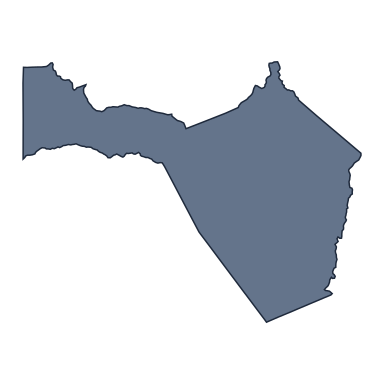 Colinas, Maranhão, Brazil (Albers equal-area conic projection)
{"feature_id": "56859067B48571840194208", "entity_name": "Colinas", "entity_type": "district", "adm_level": 2, "iso_a3": "BRA", "parent_name": "Brazil", "parent_adm1": "Maranhão", "projection": "albers", "projection_center": [-44.236, -6.084], "detail": "fine", "context": "isolated", "style": "filled", "palette": "slate", "viewbox_px": 384, "rotation_deg": 0, "n_neighbors": 0, "source": "geoboundaries", "source_scale": "gbopen_adm2", "svg_char_len": 4060}
<svg xmlns="http://www.w3.org/2000/svg" viewBox="0 0 384 384"><path d="M277.6,61.8L274.1,62.0L272.1,63.1L270.6,63.1L269.2,63.4L268.9,65.1L269.2,67.0L269.9,68.6L269.9,70.2L270.8,72.4L270.9,74.6L270.0,76.0L267.7,77.2L266.6,78.5L266.0,80.1L266.4,82.1L266.0,83.5L265.0,84.7L265.0,86.2L264.3,87.4L261.8,88.5L259.2,87.2L257.3,85.9L255.4,85.5L253.9,88.3L253.3,90.4L252.8,92.5L251.7,94.5L250.0,96.2L248.4,97.5L247.6,98.8L245.5,100.3L243.7,101.3L241.3,102.7L239.8,104.5L238.9,105.7L238.3,107.5L225.8,113.1L204.2,121.6L186.0,128.7L184.7,125.3L183.7,123.0L181.0,121.6L179.2,121.0L177.6,120.6L176.4,119.8L172.0,116.2L171.7,114.2L168.8,114.7L167.4,114.7L163.1,113.4L156.7,112.3L151.3,110.7L148.5,109.1L146.5,108.4L144.4,108.6L142.9,108.1L141.1,107.8L139.5,107.9L138.1,108.3L135.8,107.5L132.2,106.9L129.0,105.6L126.9,105.6L124.2,104.7L121.8,105.8L119.4,106.3L117.9,107.1L112.9,106.7L110.9,107.3L108.8,107.3L106.7,107.9L105.4,109.3L104.1,110.6L101.8,111.7L99.8,111.1L97.9,110.9L96.2,110.6L94.8,109.5L93.4,108.5L92.3,107.3L91.5,106.0L90.6,104.7L89.6,103.8L88.5,102.4L87.6,100.8L87.3,99.1L86.3,97.7L85.5,96.3L84.5,94.4L83.8,93.1L83.6,91.2L83.5,89.5L84.0,87.5L85.4,86.1L85.9,84.7L83.1,85.7L79.4,87.1L77.0,87.7L75.8,89.2L74.2,90.2L72.7,88.5L72.5,85.2L72.2,83.1L70.5,81.6L69.1,79.9L67.3,79.9L65.2,80.3L62.9,79.8L60.8,78.3L60.5,76.7L59.2,76.1L57.5,76.1L56.4,74.8L56.0,72.6L55.4,71.1L53.4,70.0L52.6,67.1L53.1,64.5L52.3,62.9L50.8,63.0L48.6,65.1L46.5,66.5L43.4,66.8L41.6,67.0L38.6,67.0L31.8,67.2L27.7,67.4L26.1,67.4L23.5,67.3L23.0,83.0L23.2,120.3L23.1,159.1L24.9,157.4L25.5,156.1L27.4,155.2L29.7,155.2L32.3,154.8L34.9,153.9L35.5,152.5L36.8,151.2L38.5,150.0L40.2,148.7L42.1,147.7L45.1,148.0L46.3,148.9L48.2,148.9L50.4,149.3L52.2,148.3L54.3,148.7L56.7,147.6L58.0,146.9L59.6,147.6L61.7,146.6L63.1,145.6L65.7,145.3L68.3,144.5L70.8,144.9L72.4,144.5L74.2,144.3L76.1,143.8L78.2,144.8L80.5,145.7L82.2,146.2L84.5,146.4L86.3,147.2L88.0,147.0L91.1,147.3L93.1,148.8L95.4,149.5L97.4,150.1L98.3,151.2L100.1,152.3L102.5,153.1L103.6,154.0L105.1,154.7L106.8,156.0L108.0,157.7L110.3,157.8L112.3,156.3L113.6,155.2L115.0,154.9L116.7,154.0L119.0,155.2L121.3,156.5L122.9,157.1L124.2,156.2L125.3,154.5L126.6,153.3L128.3,153.5L130.4,153.2L132.2,152.9L133.4,153.9L135.1,154.2L136.6,153.5L138.5,152.4L140.2,153.8L140.5,155.4L141.7,156.2L143.7,156.7L145.8,157.5L148.0,157.5L149.9,158.5L151.7,159.1L153.0,160.8L155.6,162.4L157.9,163.1L160.1,162.6L162.2,162.8L163.8,165.3L164.8,167.0L187.3,209.8L199.0,232.0L201.3,235.1L210.4,247.2L231.6,275.6L234.9,280.0L244.7,293.1L246.1,294.9L253.2,304.4L264.7,319.7L266.5,322.2L278.9,316.8L281.0,316.0L284.0,314.7L293.4,310.8L297.3,309.1L325.0,297.4L326.3,296.9L331.0,294.9L332.2,293.6L329.5,291.2L327.0,290.7L325.5,290.5L324.4,289.6L325.7,288.0L327.7,286.2L328.5,284.9L329.5,282.2L329.8,279.7L331.4,277.3L332.4,278.4L334.5,278.2L335.2,276.3L334.2,274.7L332.9,273.6L332.7,271.6L333.4,269.7L334.1,268.2L335.8,267.3L335.8,265.3L335.9,263.5L336.2,261.8L337.0,259.4L336.4,257.4L336.3,254.8L335.6,253.0L335.3,250.8L336.1,248.9L336.4,246.9L335.0,244.3L337.0,242.6L338.1,241.5L337.0,238.8L338.0,237.0L339.8,238.3L341.5,238.2L341.8,236.3L341.8,234.0L342.1,230.9L343.5,229.3L343.6,227.8L343.4,226.1L343.7,224.7L344.7,222.8L345.8,221.4L346.4,219.9L345.6,218.6L345.3,217.2L346.0,215.0L346.1,213.7L346.6,212.1L346.6,210.4L346.6,208.9L347.9,208.0L347.2,205.4L347.6,203.0L348.2,200.5L348.5,198.2L350.0,196.8L350.4,195.4L352.3,194.0L352.2,192.0L352.5,189.8L351.9,188.2L349.9,187.5L349.4,185.2L349.0,181.7L349.7,179.5L349.8,177.9L350.2,175.3L349.9,173.9L348.8,171.3L348.7,169.9L349.5,168.7L351.1,167.3L352.4,166.0L353.2,164.8L354.3,163.0L355.6,162.1L356.7,161.3L358.7,160.0L360.5,156.6L361.0,155.3L360.9,153.2L316.7,115.8L298.6,100.1L298.0,98.0L296.7,97.0L295.5,96.1L294.7,93.8L293.8,91.8L292.5,90.8L290.7,90.8L288.8,89.9L287.3,90.0L285.8,88.6L284.1,87.4L284.2,85.5L282.5,84.3L282.0,82.6L282.4,81.1L281.0,80.7L280.0,79.5L278.9,78.2L278.9,76.6L280.0,75.2L279.1,73.2L277.8,71.6L279.4,69.9L280.0,68.6L279.8,66.9L278.7,64.1L277.6,61.8Z" fill="#64748b" stroke="#1e293b" stroke-width="1.5"/></svg>